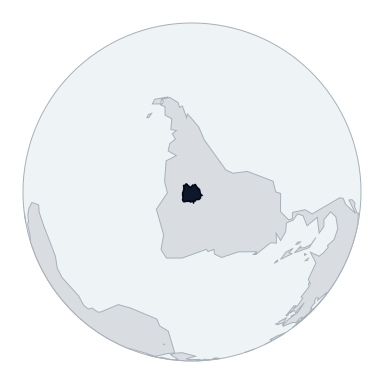 globe centered on Mato Grosso do Sul, rotated 146°
{"feature_id": "BRA-600", "entity_name": "Mato Grosso do Sul", "entity_type": "State", "adm_level": 1, "iso_a3": "BRA", "parent_name": "Brazil", "parent_adm1": "", "projection": "orthographic", "projection_center": [-55.435, -20.619], "detail": "fine", "context": "on_globe", "style": "filled", "palette": "ink", "viewbox_px": 384, "rotation_deg": 146, "n_neighbors": 0, "source": "natural_earth", "source_scale": "10m", "svg_char_len": 7785}
<svg xmlns="http://www.w3.org/2000/svg" viewBox="0 0 384 384"><g transform="rotate(146 192 192)"><circle cx="192" cy="192" r="169" fill="#eef3f6" stroke="#a8b0b8"/><path d="M163.5,25.5L163.2,25.5L160.0,26.1L163.5,25.5ZM157.4,26.6L140.5,31.3L136.9,32.8L136.9,33.4L148.4,31.9L146.6,33.5L148.1,34.8L151.6,33.2L151.6,31.7L158.4,29.5L157.7,28.4L160.3,27.5L161.7,26.5L167.3,25.7L172.0,25.7L171.1,26.7L173.2,26.9L178.7,25.5L181.6,27.6L191.4,29.7L191.6,30.6L183.3,32.5L171.4,33.1L160.8,37.5L173.6,33.9L173.6,37.1L176.1,37.6L179.5,37.3L181.8,35.9L183.0,37.1L170.9,40.6L169.6,39.5L173.4,38.3L167.8,38.8L159.6,42.0L160.3,43.9L147.2,48.3L147.5,49.8L144.9,52.0L145.2,49.1L144.3,54.7L129.0,63.8L127.5,75.8L122.6,67.7L117.0,68.0L110.0,70.0L109.6,71.9L100.8,73.1L91.7,80.0L86.6,91.0L88.2,98.1L98.1,95.3L101.9,89.7L109.6,86.8L102.3,101.0L115.5,99.7L113.2,110.2L116.8,114.8L123.9,112.1L131.0,113.5L136.7,106.6L145.6,102.2L145.3,110.7L150.6,102.4L155.3,106.0L173.4,104.5L171.9,106.5L187.0,116.4L204.1,121.2L208.1,128.0L205.9,132.1L212.0,133.6L212.1,136.4L237.0,142.7L250.1,151.5L249.9,161.6L239.5,172.2L231.2,197.6L212.8,205.1L208.9,216.0L196.0,232.3L184.7,230.9L188.8,239.4L183.3,244.6L176.2,245.1L175.8,251.3L170.6,251.7L174.6,255.6L167.7,264.1L171.4,270.7L166.7,277.8L169.3,281.8L167.0,281.8L164.9,283.5L165.2,285.8L157.5,282.7L153.5,273.9L155.0,269.1L151.9,268.7L154.9,256.6L152.1,259.3L150.0,242.5L152.7,228.5L151.6,191.3L147.5,184.6L134.6,178.1L118.8,155.7L122.5,145.2L119.3,141.2L129.7,126.2L127.4,114.8L123.8,113.8L120.0,118.8L108.2,114.1L104.7,106.6L72.7,104.6L70.2,102.1L71.6,96.0L68.5,82.9L66.4,97.6L63.7,96.2L63.0,91.8L65.2,89.3L67.1,82.2L65.8,81.6L71.8,73.4L77.6,67.7L87.4,59.3L97.9,51.6L109.0,44.8L120.5,38.9L132.5,33.9L144.8,29.8L157.4,26.6ZM125.9,80.4L141.1,84.3L131.6,86.5L133.6,85.0L129.9,83.0L122.8,81.9L114.7,85.0L125.9,80.4ZM134.5,72.0L131.8,72.0L134.5,71.5L134.5,72.0ZM158.6,27.0L160.1,26.7L159.1,27.1L158.6,27.0ZM157.7,27.0L155.4,27.6L154.6,27.6L156.1,27.2L157.7,27.0ZM160.8,26.3L153.6,27.7L152.3,27.9L156.8,26.8L160.8,26.3ZM171.0,289.7L158.4,284.1L165.2,286.4L168.6,282.5L175.7,287.2L171.0,289.7ZM181.5,279.8L186.2,277.8L187.8,278.9L184.8,280.6L181.5,279.8ZM303.7,65.2L304.5,66.0L306.7,68.0L316.1,77.4L318.3,79.8L314.2,75.3L300.9,63.0L297.3,61.3L300.6,69.0L296.9,68.2L290.1,64.4L280.9,53.9L290.4,57.0L287.2,54.1L278.5,48.4L282.1,50.1L279.7,48.4L282.6,49.7L280.1,47.8L292.2,56.0L303.7,65.2ZM354.7,237.6L353.6,241.4L351.0,245.7L346.2,257.5L344.1,258.8L340.7,265.1L336.2,269.8L330.5,272.8L326.3,267.0L330.0,260.8L333.9,246.5L341.1,215.2L346.3,204.2L347.6,194.1L344.1,169.2L345.2,158.6L343.3,152.8L339.8,151.8L337.1,144.9L334.6,143.5L316.1,139.9L308.0,130.4L292.2,106.3L293.7,99.1L289.5,89.8L296.3,68.2L302.7,71.8L313.7,76.0L315.9,78.1L320.1,83.8L332.6,98.6L331.0,95.9L337.6,106.3L343.5,117.2L348.6,128.5L352.8,140.1L356.2,152.0L358.6,164.1L360.2,176.3L360.9,188.7L360.7,201.0L359.6,213.4L357.6,225.6L354.7,237.6ZM299.8,80.0L301.0,82.5L299.8,80.0ZM173.9,104.4L176.1,105.9L173.1,106.1L173.9,104.4ZM129.9,89.9L133.3,89.5L135.0,90.5L132.3,91.3L129.9,89.9ZM159.6,86.5L163.7,86.9L159.3,87.9L159.6,86.5ZM143.6,84.9L156.3,86.6L147.7,89.7L139.7,88.8L145.5,87.4L143.6,84.9ZM132.0,76.4L134.1,76.6L133.2,78.0L132.0,76.4ZM136.5,71.7L135.6,72.0L134.8,71.1L136.5,71.7ZM174.4,36.9L175.4,36.7L178.7,36.7L176.8,37.3L174.4,36.9ZM195.2,34.1L196.8,36.2L194.4,34.9L192.1,35.9L184.1,34.9L191.2,31.1L189.4,32.8L195.2,34.1ZM175.5,33.1L179.7,33.8L174.8,33.2L175.5,33.1ZM263.6,39.4L266.8,40.9L268.9,42.2L266.4,41.9L263.3,39.8L263.6,39.4ZM261.9,38.2L262.8,38.6L264.6,39.4L266.8,40.6L277.9,46.6L280.5,48.3L274.5,45.9L275.0,45.5L271.9,43.9L270.8,42.8L260.6,37.6L261.6,38.0L261.9,38.2ZM238.1,29.5L237.1,29.2L232.0,27.9L232.5,28.0L228.0,26.9L229.7,27.3L238.1,29.5ZM170.1,24.5L167.8,24.8L168.1,24.7L169.5,24.5L170.1,24.5ZM178.7,23.6L177.8,23.6L184.6,23.3L181.5,23.8L177.2,23.9L179.9,24.3L174.7,24.6L177.2,25.0L168.0,25.1L163.5,25.7L169.7,24.7L172.7,24.2L172.2,24.2L178.7,23.6ZM216.6,24.8L210.9,24.3L208.9,24.9L209.6,25.9L202.3,25.1L197.0,23.9L193.7,23.2L196.0,23.1L216.6,24.8ZM315.2,76.8L316.4,77.9L317.5,78.9L319.9,81.8L315.2,76.8ZM306.3,68.4L306.9,68.6L310.8,72.7L309.6,71.8L306.3,68.4ZM303.8,65.6L306.6,68.4L304.4,66.3L303.8,65.6ZM342.8,268.2L343.1,267.7L346.8,259.7L346.9,259.4L342.8,268.2Z" fill="#d9dde1" stroke="#a8b0b8" stroke-width="1"/><path d="M185.1,190.3L185.3,190.2L184.6,189.5L184.5,189.4L185.4,187.4L185.5,187.4L185.6,187.0L186.0,185.1L186.3,185.0L186.3,184.9L186.2,184.9L186.0,184.7L185.8,184.3L185.6,183.9L185.5,183.6L185.8,183.6L185.9,183.8L186.0,183.8L186.3,184.0L186.4,183.9L186.9,183.8L187.0,183.7L187.4,183.6L187.7,183.3L187.7,183.2L187.9,182.9L188.0,182.8L188.0,182.7L188.2,182.4L188.3,182.3L188.5,182.3L188.9,182.3L189.0,182.2L189.1,182.3L189.3,182.2L189.5,182.2L190.1,181.9L190.3,181.9L190.3,182.0L190.8,182.2L190.9,182.3L191.0,182.4L191.4,182.5L191.5,182.5L191.7,182.8L192.0,182.9L192.3,183.1L192.7,183.4L192.9,183.3L193.0,183.3L193.3,183.3L193.5,183.3L193.8,183.1L193.9,182.9L194.1,182.9L194.3,182.8L194.5,182.8L194.9,183.1L194.9,183.3L195.0,183.3L195.4,183.2L195.5,183.2L195.8,183.1L195.9,182.9L196.1,182.8L196.2,182.7L196.4,182.4L196.5,182.3L196.7,182.1L196.9,182.1L196.9,182.3L196.8,182.6L196.8,182.8L196.7,183.3L196.4,183.4L196.3,183.6L196.2,183.7L196.1,183.9L196.1,184.0L196.4,184.1L196.7,184.3L196.8,184.3L197.1,184.3L197.5,184.4L198.0,184.3L198.4,184.4L198.7,184.4L198.7,184.6L198.7,185.2L198.7,185.3L198.8,185.4L198.8,185.5L199.0,185.4L199.4,185.5L199.5,185.6L199.4,185.7L199.2,186.0L199.1,186.3L199.5,186.4L199.9,186.5L200.2,186.4L200.4,186.5L200.6,186.7L200.7,186.8L200.9,186.8L201.1,186.9L201.3,187.0L201.6,187.2L201.8,187.3L202.0,187.5L202.6,187.7L202.7,187.8L202.8,187.8L203.1,187.8L203.4,188.1L203.5,188.1L203.8,188.2L204.0,188.3L204.2,188.5L204.4,188.8L204.5,189.0L204.4,189.1L204.3,189.3L204.2,189.4L204.2,189.5L204.3,190.1L204.3,190.4L204.3,190.6L204.2,190.9L204.0,191.1L203.9,191.2L203.5,191.3L203.3,191.4L203.2,191.5L203.0,191.9L202.8,192.0L202.7,192.0L202.6,192.3L202.5,192.9L202.4,192.9L202.2,193.2L202.0,193.5L201.8,193.6L201.8,194.0L201.6,194.4L201.5,194.6L201.4,194.7L201.2,194.6L201.1,194.8L201.2,195.0L201.3,195.1L201.2,195.3L200.9,195.5L200.7,195.8L200.5,196.0L200.4,196.3L200.1,196.7L199.9,196.8L199.7,196.9L199.5,197.0L199.4,197.1L199.1,197.3L198.9,197.5L198.7,197.5L198.3,198.0L198.2,198.2L197.3,198.6L197.1,198.7L197.0,198.8L196.9,199.0L196.9,199.4L196.6,199.9L196.6,200.0L196.3,200.2L196.0,200.3L196.0,200.5L195.8,200.9L195.8,201.1L195.7,201.3L195.7,201.7L195.7,201.8L195.4,202.0L195.2,202.1L194.9,201.9L194.7,201.7L194.2,201.4L194.0,201.5L193.6,201.6L193.4,201.8L193.2,201.9L192.9,201.9L192.7,202.0L192.4,201.9L192.2,201.9L192.0,201.2L191.9,201.0L191.7,200.8L191.7,200.4L191.8,200.2L191.7,200.0L191.7,199.9L191.7,199.7L191.7,199.4L191.6,199.2L191.4,199.0L191.5,198.8L191.4,198.6L191.5,198.3L191.5,198.2L191.5,197.9L191.3,197.8L191.2,197.8L191.2,197.7L191.1,197.3L191.1,197.2L190.8,196.9L190.8,197.0L190.6,197.0L190.5,196.9L190.4,196.9L189.9,196.9L189.7,196.8L189.6,196.7L189.4,196.5L189.4,196.3L189.1,196.4L188.9,196.5L188.7,196.8L188.6,196.7L188.5,196.8L188.4,196.8L188.2,196.9L188.1,197.0L188.1,196.9L187.9,196.8L187.7,196.8L187.4,196.8L187.3,196.7L187.2,196.7L186.8,196.7L186.7,196.7L186.3,196.7L186.2,196.6L185.9,196.4L185.7,196.4L185.6,196.5L185.4,196.5L185.2,196.5L185.1,196.4L185.0,196.2L185.2,195.8L185.1,195.7L185.1,195.4L185.3,195.2L185.2,195.1L185.2,194.8L185.1,194.7L185.3,194.2L185.2,194.0L185.3,193.9L185.4,193.7L185.4,193.4L185.4,193.2L185.2,192.9L185.3,192.7L185.2,192.6L185.3,192.4L185.2,192.3L185.2,192.2L185.0,192.3L185.0,192.2L184.9,192.1L184.9,191.9L184.9,191.7L184.8,191.4L184.7,191.3L184.6,191.2L184.5,190.9L184.5,190.7L184.8,190.6L184.8,190.4L185.0,190.4L185.1,190.3Z" fill="#0f172a" stroke="#020617" stroke-width="1.5"/></g></svg>